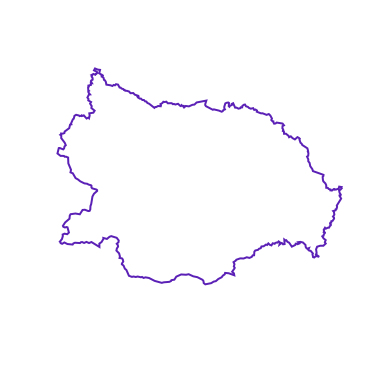 the district of Mandritsara, Sofia, Madagascar, rotated 290°
{"feature_id": "10022922B13687974105922", "entity_name": "Mandritsara", "entity_type": "district", "adm_level": 2, "iso_a3": "MDG", "parent_name": "Madagascar", "parent_adm1": "Sofia", "projection": "robinson", "projection_center": [48.852, -16.049], "detail": "fine", "context": "isolated", "style": "outline", "palette": "violet", "viewbox_px": 384, "rotation_deg": 290, "n_neighbors": 0, "source": "geoboundaries", "source_scale": "gbopen_adm2", "svg_char_len": 5998}
<svg xmlns="http://www.w3.org/2000/svg" viewBox="0 0 384 384"><g transform="rotate(290 192 192)"><path d="M255.0,58.5L252.2,59.7L251.8,60.6L251.1,60.1L250.1,60.7L248.8,62.8L248.3,61.8L245.0,61.4L244.0,62.9L242.6,63.2L242.0,66.4L240.2,66.0L238.4,68.4L236.5,68.7L235.1,72.7L232.8,72.2L230.8,68.6L228.8,69.7L226.1,70.0L226.5,69.2L225.0,67.8L227.0,64.1L226.1,63.3L226.3,62.2L225.5,62.0L225.3,60.7L224.9,60.4L225.2,59.4L224.9,56.7L223.4,55.5L220.4,55.8L219.6,55.2L215.0,54.9L214.3,55.5L213.6,54.4L210.0,54.8L205.3,51.7L203.7,51.9L202.6,50.6L202.2,49.0L201.5,49.2L200.7,48.7L200.4,49.8L197.9,50.7L194.8,55.5L192.8,57.4L191.2,56.6L189.2,56.9L188.0,56.4L188.1,52.6L187.7,51.8L182.2,52.4L181.0,56.1L182.1,59.3L181.6,60.3L182.1,61.5L182.0,63.8L176.6,66.0L171.5,70.7L168.9,71.1L168.8,73.6L165.2,77.9L164.8,80.5L163.8,83.4L163.3,87.9L163.9,90.8L163.6,92.1L163.8,94.8L163.5,95.4L162.0,95.9L161.3,96.9L161.6,101.4L161.3,102.2L160.5,102.5L156.9,100.5L153.7,100.0L146.2,101.4L144.1,101.4L140.7,102.4L139.2,102.2L138.6,101.0L138.7,97.4L137.7,95.3L132.7,94.2L131.9,89.8L129.6,85.5L128.1,85.2L125.0,86.0L120.0,83.2L116.0,82.3L115.3,83.0L115.2,84.7L116.2,86.2L116.2,87.1L111.8,90.2L109.7,89.2L109.2,86.4L107.8,85.0L106.4,85.7L103.3,85.9L100.1,84.8L99.8,85.6L99.0,86.1L98.9,87.7L100.9,89.3L100.5,92.7L101.8,97.8L103.1,98.1L104.3,99.4L105.7,104.2L106.8,104.8L107.4,105.9L107.2,108.0L109.0,109.9L108.8,112.7L110.6,114.6L108.7,123.8L111.8,122.6L114.0,124.1L117.6,124.8L118.5,124.4L118.8,128.1L121.7,129.8L122.9,131.2L123.2,136.9L121.4,139.7L119.7,140.1L117.6,139.0L116.7,140.5L115.4,141.2L113.2,140.7L111.1,141.0L109.4,144.5L106.8,146.3L105.2,146.5L105.7,148.8L105.0,150.0L103.1,151.2L100.8,150.6L100.1,150.8L99.4,152.9L97.0,155.1L96.3,157.0L91.7,161.4L91.7,164.6L92.6,166.0L92.9,168.2L94.0,169.9L94.4,173.2L95.1,174.1L94.7,175.9L95.9,177.5L96.5,181.0L95.7,187.4L96.3,194.7L97.5,196.4L99.8,201.4L101.1,202.7L102.1,202.8L103.6,205.4L107.1,206.2L110.8,210.0L112.2,214.7L113.6,217.0L113.2,222.0L113.8,226.2L113.1,231.9L112.4,233.1L110.4,234.2L109.8,236.1L112.9,241.2L115.2,243.0L116.4,244.9L119.3,246.5L122.0,249.0L124.0,249.6L125.8,250.9L127.3,250.8L128.2,254.3L128.2,260.2L129.9,259.2L130.8,257.0L134.9,258.1L135.5,258.0L136.3,256.8L138.7,256.6L140.3,255.0L142.5,256.6L143.5,256.8L146.1,260.0L147.2,263.3L149.4,265.8L149.7,268.5L151.4,270.3L153.2,270.7L153.8,272.0L157.3,271.0L158.7,271.5L160.2,273.8L161.6,274.4L162.7,275.8L164.6,275.9L165.5,277.9L167.9,279.5L167.9,280.7L169.8,281.3L169.0,283.1L169.0,284.9L171.4,285.4L171.6,287.4L172.5,287.6L173.5,288.8L173.7,289.7L175.2,290.3L174.7,291.9L172.5,292.2L174.7,293.5L174.7,294.2L174.0,295.4L174.7,296.8L178.9,295.0L178.4,296.6L178.9,297.1L177.8,298.8L177.6,300.6L174.8,304.5L177.6,307.2L178.9,307.1L179.3,308.1L179.1,309.1L180.4,310.5L181.2,309.0L182.2,310.9L182.5,313.5L181.1,316.7L179.3,317.6L178.2,319.0L178.2,319.8L179.3,321.1L177.5,321.0L177.0,322.2L177.3,323.6L175.6,326.6L174.7,326.5L172.2,328.1L172.3,329.3L174.2,330.3L174.6,333.7L175.8,329.8L177.2,330.0L180.6,328.2L183.4,328.3L185.4,330.9L186.4,333.8L189.3,335.3L190.2,334.0L192.5,334.1L193.4,331.5L194.9,329.6L196.0,330.6L197.1,330.3L198.9,330.9L199.3,330.8L199.4,329.5L200.2,329.6L201.5,328.7L203.9,329.2L203.3,330.3L204.7,331.6L205.4,333.0L206.9,333.1L208.2,333.8L208.9,333.6L209.3,332.6L210.4,332.5L210.9,333.3L212.2,332.9L213.0,334.0L215.6,334.6L216.6,334.1L217.1,332.9L219.4,333.5L221.8,332.2L222.4,331.2L223.9,333.2L224.9,332.9L225.5,333.6L227.7,333.4L228.8,332.7L236.8,334.4L238.9,331.9L239.2,331.8L239.6,332.7L240.4,332.7L241.8,330.9L243.9,329.6L244.7,329.5L244.9,330.7L246.7,331.4L247.1,330.7L247.8,330.8L247.4,328.5L245.3,328.6L243.4,326.3L243.5,325.0L242.9,324.8L243.1,324.1L241.2,323.0L240.9,321.5L241.7,321.3L241.6,319.4L242.3,318.2L241.9,316.7L244.3,315.8L245.7,314.4L246.9,311.8L248.3,310.8L250.9,309.6L252.0,310.0L253.1,309.7L253.0,298.5L254.6,297.3L256.7,294.3L259.6,292.5L260.6,290.8L262.6,290.0L264.6,288.0L265.8,288.8L268.4,288.1L269.6,287.0L270.0,287.2L272.5,285.5L273.9,279.5L274.9,278.5L275.4,277.1L277.9,275.1L278.9,275.1L279.4,273.9L279.6,272.3L276.6,270.7L277.0,268.1L278.1,265.8L276.7,264.5L277.8,263.5L278.9,260.3L278.2,258.6L280.4,257.6L280.4,256.5L282.0,256.3L282.7,255.2L284.9,254.5L286.1,255.6L287.3,253.7L286.2,247.8L285.0,247.1L284.3,245.8L285.3,244.7L286.2,244.3L286.0,243.4L286.8,241.9L288.4,242.0L290.7,239.4L291.5,237.5L290.0,235.7L290.1,231.4L289.5,229.9L289.6,225.4L290.8,225.2L291.2,223.4L290.4,222.4L291.7,220.8L290.4,218.8L290.5,216.7L291.1,215.4L291.0,213.4L292.3,211.9L291.8,211.0L290.2,209.9L288.7,210.2L288.2,208.8L287.3,208.8L286.2,207.1L286.5,204.9L286.0,203.7L289.5,200.3L288.4,199.3L287.7,199.9L285.8,198.1L284.9,198.0L285.2,197.2L288.3,196.3L288.5,195.5L287.6,193.9L286.6,193.0L283.0,193.2L281.8,193.7L280.9,194.7L279.6,193.4L278.4,193.2L277.6,192.4L277.7,189.4L277.1,184.2L276.4,183.5L277.4,175.8L278.1,174.8L279.0,174.4L282.8,174.2L277.7,165.7L275.0,164.4L274.1,162.6L271.4,159.8L270.7,156.7L268.7,155.6L269.4,154.5L270.0,154.5L269.6,153.1L270.0,152.5L268.9,152.1L268.9,151.6L270.1,148.7L268.5,146.4L268.6,144.9L268.0,144.1L268.5,142.5L267.1,138.9L268.1,137.0L267.2,135.6L267.0,134.2L265.5,133.8L263.8,132.3L262.8,133.2L261.9,133.3L261.2,130.7L259.6,129.3L259.3,128.4L258.2,127.9L260.3,121.5L260.4,119.6L261.4,118.2L261.1,117.0L262.0,115.3L261.5,113.9L262.3,112.0L261.9,111.1L262.3,109.0L262.8,108.3L263.6,109.0L264.0,108.7L263.9,104.9L264.9,103.0L263.8,100.4L264.9,98.5L264.8,96.1L264.3,94.6L264.9,93.8L264.6,93.1L265.2,92.3L265.1,90.4L265.7,89.2L265.4,88.2L267.6,85.8L267.3,83.7L265.9,83.1L265.8,81.8L264.4,80.9L264.4,79.0L263.6,74.8L266.1,73.3L267.2,71.9L267.3,70.9L269.0,69.9L269.6,68.4L271.0,68.4L271.3,67.3L270.5,67.1L271.3,66.6L271.8,64.2L275.3,63.8L274.8,61.6L274.9,58.6L272.8,58.3L272.4,61.5L271.5,62.2L270.2,61.7L270.0,61.1L269.1,61.0L269.2,59.0L267.5,57.5L267.2,58.3L266.1,58.2L265.1,59.6L263.6,60.2L262.2,59.1L261.5,59.1L260.0,60.8L259.7,59.7L258.1,60.4L256.6,58.3L255.7,59.0L255.0,58.5Z" fill="none" stroke="#5b21b6" stroke-width="2"/></g></svg>